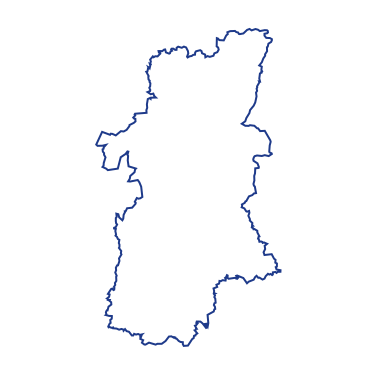 the district of Monte Escobedo, Zacatecas, Mexico, rotated 168°
{"feature_id": "50627088B79961961900141", "entity_name": "Monte Escobedo", "entity_type": "district", "adm_level": 2, "iso_a3": "MEX", "parent_name": "Mexico", "parent_adm1": "Zacatecas", "projection": "orthographic", "projection_center": [-103.457, 22.38], "detail": "fine", "context": "isolated", "style": "outline", "palette": "blue", "viewbox_px": 384, "rotation_deg": 168, "n_neighbors": 0, "source": "geoboundaries", "source_scale": "gbopen_adm2", "svg_char_len": 5999}
<svg xmlns="http://www.w3.org/2000/svg" viewBox="0 0 384 384"><g transform="rotate(168 192 192)"><path d="M267.4,269.5L275.8,258.3L274.8,256.8L269.9,255.9L266.4,256.0L269.1,254.0L269.5,252.7L270.6,252.3L270.8,250.0L269.9,248.3L270.3,246.7L269.4,243.9L272.3,238.7L273.0,236.2L274.3,235.1L271.0,232.6L269.8,230.9L259.7,230.3L254.5,240.8L249.1,243.0L246.7,245.1L245.9,244.7L247.4,241.8L247.0,240.6L248.3,236.2L248.7,230.3L242.0,226.6L243.0,225.9L244.1,223.3L249.1,220.5L250.1,217.9L252.2,215.7L250.3,215.1L242.6,215.0L241.5,212.5L240.6,207.8L241.6,197.5L243.9,196.6L245.8,196.6L247.2,197.6L250.0,194.3L249.3,193.1L249.7,192.2L253.8,189.1L258.9,189.6L260.7,187.2L261.7,187.1L261.6,186.4L263.6,183.9L264.8,180.2L266.0,178.8L268.5,182.3L268.7,185.6L270.5,186.5L270.8,183.4L271.9,182.4L272.6,179.2L272.7,177.1L272.0,175.8L273.9,173.5L275.6,173.2L275.8,172.5L274.2,171.7L275.1,169.8L275.1,166.2L275.9,165.2L274.7,163.7L274.3,161.5L273.0,160.3L274.2,157.3L273.9,155.6L274.4,153.3L275.1,152.5L273.5,149.0L274.3,146.9L274.0,145.6L277.2,142.2L277.3,139.7L279.6,135.7L280.5,135.8L282.2,133.8L282.5,131.2L283.8,129.2L283.1,125.7L283.8,124.9L284.5,120.8L286.3,119.0L286.4,117.1L288.1,115.4L287.8,114.5L288.4,112.6L289.2,112.4L290.1,114.1L291.3,113.9L295.4,109.8L293.9,108.9L294.9,106.7L297.1,105.6L296.6,105.3L296.9,104.0L294.9,103.5L295.4,102.8L294.0,101.0L294.3,98.7L297.5,97.2L299.2,93.8L299.8,94.0L300.8,93.0L301.3,91.9L301.1,90.0L301.9,89.6L298.8,88.0L296.2,87.4L296.3,86.7L296.9,84.7L298.6,83.8L298.8,80.9L299.9,80.4L301.9,77.8L301.7,77.0L300.9,77.2L299.0,75.9L297.4,75.9L297.5,75.1L294.2,74.1L291.9,72.5L289.5,72.7L287.7,71.7L287.7,70.6L286.0,71.8L284.9,69.5L282.7,68.4L280.7,64.2L279.3,63.9L278.1,65.3L276.4,64.2L274.2,64.3L272.6,63.1L270.5,63.1L272.6,61.7L272.7,60.9L271.9,61.0L273.1,59.1L270.6,57.2L272.3,55.0L270.3,52.7L269.2,52.4L265.4,53.6L259.3,50.3L257.5,50.7L253.2,49.8L248.9,51.7L244.6,55.4L242.2,55.1L240.1,53.3L239.7,53.8L238.5,53.1L238.5,52.2L237.5,51.7L236.0,49.1L234.4,47.7L232.2,47.0L232.6,45.1L232.1,43.2L227.9,42.6L222.4,48.1L220.8,48.7L219.9,50.9L218.5,50.9L218.1,51.7L216.2,52.6L218.1,56.1L217.2,56.2L216.5,57.6L215.9,57.4L216.9,60.6L215.7,60.8L213.9,62.3L215.0,63.0L214.3,64.3L210.7,63.5L209.0,61.3L206.5,56.1L205.4,56.4L206.6,60.2L205.0,60.1L204.5,57.5L203.3,60.4L202.3,68.6L195.6,70.6L194.6,72.5L193.6,72.8L193.4,74.8L194.1,76.9L193.2,78.5L191.9,78.8L191.4,82.9L192.0,84.6L191.0,86.0L191.7,87.6L190.5,87.9L191.6,88.6L190.9,90.6L191.0,93.2L187.1,93.9L187.4,96.2L184.5,96.8L183.6,99.3L182.3,98.8L180.4,99.4L177.6,98.4L177.0,99.9L177.5,101.1L176.3,101.7L175.1,103.4L174.5,102.9L175.1,100.6L174.2,99.5L166.5,99.0L166.7,98.1L165.8,97.7L164.4,98.8L165.5,99.2L166.1,100.8L165.2,100.9L159.7,97.2L157.2,91.3L155.2,92.5L149.9,93.4L148.0,95.6L146.3,96.6L145.0,94.3L143.8,94.2L141.2,91.7L139.1,92.2L137.5,94.3L134.7,96.2L133.6,95.2L132.1,95.5L130.9,94.1L130.1,94.5L129.6,96.6L127.0,96.4L126.1,95.3L124.8,96.1L122.1,95.6L121.7,97.1L125.4,98.6L125.7,101.1L124.5,101.4L123.8,104.4L125.2,105.6L124.4,108.3L125.6,109.7L127.0,114.6L134.2,115.3L134.5,118.2L132.3,121.0L132.1,124.3L129.3,125.7L132.1,127.7L133.4,127.5L133.7,128.6L134.8,129.3L136.4,129.3L136.5,132.1L137.1,132.6L136.2,134.3L135.3,134.5L136.5,138.9L136.2,140.5L138.8,142.9L139.6,142.8L139.8,144.0L140.9,144.9L140.3,146.2L139.4,146.2L140.1,147.3L139.4,149.1L141.4,152.1L141.0,153.4L141.8,157.0L140.2,159.7L140.1,161.6L142.2,161.3L143.0,161.9L144.2,165.1L146.6,166.7L145.8,168.0L145.8,169.4L142.7,170.4L141.7,171.7L140.8,171.8L137.2,175.9L133.7,176.4L131.7,177.7L129.6,177.6L129.4,184.3L130.1,185.3L130.2,187.1L128.6,190.3L127.8,194.8L126.5,197.1L125.2,202.0L121.8,201.7L121.4,202.6L122.0,206.4L125.3,209.7L125.3,211.3L124.3,213.0L123.3,214.0L120.8,214.2L116.2,212.7L113.2,212.9L109.5,211.2L106.0,212.6L106.1,213.3L107.9,214.6L108.0,215.6L106.3,221.4L104.6,224.8L104.7,226.3L108.1,236.7L112.7,237.4L114.1,240.5L115.1,240.8L117.2,243.8L121.4,245.3L122.8,244.9L126.1,245.7L129.1,248.4L125.2,250.1L123.5,253.0L119.5,257.2L118.1,260.1L113.7,263.6L111.5,266.5L109.0,272.1L108.7,275.9L107.3,277.4L107.3,279.7L106.5,280.6L106.4,281.8L103.2,285.4L103.4,286.2L102.5,285.9L102.6,289.0L100.9,293.8L99.1,294.3L99.3,295.0L98.3,295.5L98.8,296.9L97.7,300.1L99.9,301.8L96.7,304.4L94.5,307.8L92.1,310.1L91.9,311.5L89.3,314.1L88.6,318.0L87.7,318.4L86.4,321.2L83.4,322.3L82.3,323.9L82.1,324.9L83.8,326.4L87.3,327.3L88.6,329.9L88.2,331.7L85.3,331.7L84.5,332.3L84.4,333.8L85.0,334.6L87.2,335.2L92.2,335.3L93.7,337.0L96.0,338.2L100.1,337.7L101.8,339.5L104.4,339.1L108.8,336.4L112.5,336.5L113.3,336.9L113.7,338.4L115.4,339.2L116.5,340.6L121.2,341.4L124.2,340.9L124.2,339.0L126.0,338.0L129.4,333.7L133.7,334.9L134.7,336.7L135.7,337.3L137.6,329.3L136.4,327.9L136.3,325.7L138.2,323.5L141.3,323.0L142.7,320.8L146.5,320.5L148.6,321.7L150.9,321.0L150.6,323.7L153.3,325.6L153.4,327.9L154.5,329.0L158.8,328.8L159.9,327.8L160.5,325.7L162.3,325.9L164.1,325.1L166.2,325.2L168.3,324.5L168.7,325.4L166.8,328.4L166.7,330.8L167.7,334.6L169.7,335.9L172.0,335.2L175.3,337.0L177.0,336.3L177.6,334.3L178.9,334.5L180.5,336.1L182.2,336.4L182.8,335.8L182.2,334.3L183.8,333.9L184.7,332.3L185.6,332.1L188.5,334.0L188.6,337.0L189.6,337.1L191.8,336.0L195.4,336.8L195.4,335.3L194.1,334.5L194.2,334.0L197.5,331.8L199.7,332.4L201.5,331.8L202.1,332.8L205.4,330.2L205.1,328.3L206.1,326.4L205.6,324.6L206.6,325.7L206.5,324.4L207.4,322.5L207.7,323.6L207.9,322.5L208.7,323.2L208.5,322.5L209.0,322.3L208.6,321.7L209.5,321.6L210.6,319.1L211.7,319.1L210.3,314.4L210.8,313.8L211.1,311.1L210.2,309.5L210.7,308.6L210.1,307.0L211.0,304.0L212.1,302.8L211.6,300.5L212.0,299.5L214.7,299.0L212.0,296.2L209.4,296.3L209.0,293.8L207.7,291.9L212.7,292.8L213.1,291.7L213.8,292.6L215.9,292.1L217.9,287.1L218.3,283.7L219.6,281.6L220.0,278.9L231.4,280.4L232.0,279.8L231.6,278.7L234.0,277.0L233.2,275.7L232.2,275.4L232.6,272.8L234.6,271.7L239.2,270.5L239.6,269.4L243.0,266.4L246.2,265.4L248.9,266.3L254.8,263.2L257.8,265.4L259.4,265.9L260.3,265.0L267.4,269.5Z" fill="none" stroke="#1e3a8a" stroke-width="2"/></g></svg>